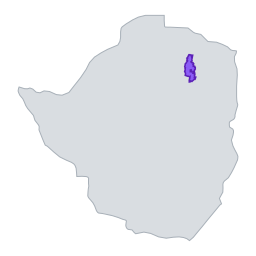 Bindura, Mashonaland Central, Zimbabwe (highlighted)
{"feature_id": "62879985B50430993830170", "entity_name": "Bindura", "entity_type": "district", "adm_level": 2, "iso_a3": "ZWE", "parent_name": "Zimbabwe", "parent_adm1": "Mashonaland Central", "projection": "natural_earth1", "projection_center": [31.316, -17.234], "detail": "fine", "context": "in_parent", "style": "filled", "palette": "violet", "viewbox_px": 256, "rotation_deg": 0, "n_neighbors": 0, "source": "geoboundaries", "source_scale": "gbopen_adm2", "svg_char_len": 4696}
<svg xmlns="http://www.w3.org/2000/svg" viewBox="0 0 256 256"><path d="M189.5,240.6L186.9,238.7L183.5,237.5L179.1,236.9L173.3,237.2L166.3,238.2L158.7,236.9L150.6,233.4L143.9,232.1L135.9,233.7L135.6,233.7L134.2,232.5L132.0,229.9L128.3,229.4L127.3,228.8L126.5,227.8L126.0,226.6L125.8,225.2L126.4,220.9L126.0,220.4L125.0,219.9L123.0,219.4L118.2,217.5L112.2,215.6L102.3,213.5L98.5,213.0L97.6,212.3L96.5,210.8L94.6,205.8L92.8,202.6L88.5,197.6L87.8,196.0L88.0,192.0L88.3,188.8L88.8,186.1L88.5,183.5L88.5,180.3L88.6,178.2L88.0,177.3L86.5,176.6L82.1,176.3L76.8,176.5L76.6,173.2L76.1,168.2L75.0,165.4L73.8,163.9L71.4,162.3L66.4,160.2L59.7,156.9L53.9,152.1L47.3,146.2L45.2,145.1L42.8,139.5L39.0,129.9L39.2,126.7L38.6,125.1L35.0,120.4L34.2,118.0L33.5,115.5L27.7,108.6L25.8,105.6L24.2,101.7L22.7,98.6L21.5,97.3L19.8,95.2L18.7,92.8L18.1,91.0L18.5,88.6L19.1,87.0L24.6,88.7L27.5,88.8L29.9,88.0L32.8,89.1L36.2,92.2L40.0,92.8L44.0,90.9L49.5,91.5L56.4,94.6L62.1,95.2L68.9,92.5L74.9,84.8L80.6,77.6L86.2,69.3L89.6,62.5L94.5,57.1L101.0,52.9L107.7,49.3L117.9,45.0L119.9,41.4L120.6,37.4L120.6,32.0L121.1,28.4L122.2,26.8L123.9,25.6L126.0,24.0L132.8,19.8L138.4,17.1L145.3,15.4L152.8,15.4L160.0,15.4L164.2,15.4L164.2,20.6L164.6,26.5L165.4,27.1L170.8,27.2L179.6,27.6L188.0,28.0L193.4,32.3L195.2,33.2L200.8,34.4L207.9,41.5L216.5,42.2L222.4,44.4L227.6,46.9L230.6,49.8L232.6,50.5L235.2,50.7L236.5,51.0L236.2,53.1L234.4,56.7L234.6,61.8L237.0,68.9L237.3,75.1L236.6,86.0L236.6,96.6L236.8,100.4L237.2,102.9L237.7,104.3L237.6,105.8L236.2,110.3L235.0,114.9L235.0,116.8L234.5,118.1L233.7,119.3L229.9,121.5L229.3,122.8L229.3,125.2L229.7,127.2L231.1,128.0L232.8,129.1L233.5,130.7L233.5,132.3L233.0,135.2L231.4,140.1L232.9,145.8L234.6,149.4L236.9,153.7L237.9,156.3L237.8,158.2L237.5,160.0L234.0,167.8L231.5,172.6L228.4,177.7L224.4,181.0L223.3,182.5L222.9,184.3L223.0,188.2L222.8,192.2L219.4,198.4L221.5,203.8L221.0,204.3L219.9,205.0L214.9,211.1L209.9,217.1L206.2,221.6L202.1,226.7L197.4,232.3L193.4,237.2L189.5,240.6Z" fill="#d9dde1" stroke="#a8b0b8" stroke-width="1"/><path d="M192.7,55.2L192.2,55.2L191.5,56.6L191.3,55.8L191.8,55.1L189.7,54.8L189.7,54.7L189.2,54.7L189.2,54.8L189.1,55.0L188.9,55.2L188.7,55.1L188.6,55.3L188.6,55.5L188.4,55.6L188.4,55.8L188.5,55.9L188.5,56.0L188.4,56.1L188.2,56.3L188.0,56.5L188.0,56.8L187.9,57.0L187.7,57.2L187.6,57.3L187.5,57.5L187.3,57.6L187.2,57.7L187.1,57.9L187.0,58.0L186.9,58.1L187.0,58.2L186.9,58.2L187.0,58.2L187.0,58.3L187.0,58.6L187.1,58.8L187.0,59.1L187.1,59.3L187.1,59.5L187.1,59.8L187.0,60.0L187.3,60.0L187.5,60.2L187.5,60.4L187.5,60.5L187.5,60.8L187.4,60.9L187.5,61.0L187.4,61.1L187.3,61.3L187.2,61.3L187.2,61.5L186.7,61.9L186.6,62.0L186.4,62.2L186.4,62.3L186.4,62.5L186.3,62.8L186.2,62.8L186.1,63.0L185.2,63.9L185.1,65.5L184.7,66.3L184.7,66.5L184.8,66.6L184.9,66.8L185.0,68.2L185.3,68.1L185.2,68.7L185.2,68.8L185.2,69.5L185.0,71.2L184.9,71.2L184.7,71.1L184.6,71.3L184.8,71.7L185.2,72.7L185.5,73.2L185.5,73.9L185.5,74.0L185.5,74.3L185.5,74.5L185.4,74.6L185.4,74.8L185.3,75.0L185.2,75.1L185.2,75.4L185.6,75.5L186.2,75.7L186.3,75.8L186.7,75.9L186.9,76.0L187.1,76.0L187.8,76.3L188.1,76.2L188.2,76.3L188.3,76.3L188.5,76.4L188.9,76.5L189.0,76.5L189.4,76.6L189.6,76.7L189.8,76.7L189.9,76.8L190.0,76.7L190.0,76.8L190.0,77.0L189.9,77.3L189.8,77.5L189.8,77.8L189.8,78.0L189.7,78.0L189.7,78.3L189.6,78.5L189.5,78.8L189.5,79.0L189.4,79.2L189.4,79.3L189.4,79.5L189.4,79.8L189.2,80.1L189.2,80.3L189.2,80.5L189.3,80.7L189.3,80.8L189.3,81.0L189.4,81.3L189.3,81.5L189.2,81.7L189.2,82.0L189.3,82.0L189.5,81.9L190.0,82.0L190.8,80.8L191.9,81.5L193.2,80.3L194.3,79.3L194.6,80.0L194.6,79.8L194.7,79.7L194.8,79.6L194.7,79.5L194.7,79.4L194.7,79.2L194.8,79.1L194.9,78.9L195.0,78.9L195.0,78.7L195.2,78.4L195.3,78.4L195.3,78.2L195.5,77.9L195.7,77.7L195.7,77.4L195.7,77.2L195.5,77.3L194.9,77.4L194.3,77.5L194.4,77.0L194.6,76.4L194.7,75.7L194.4,75.4L194.5,74.9L194.7,74.7L194.6,74.3L194.9,74.1L194.8,73.9L194.3,74.0L194.1,73.2L194.7,73.0L194.6,72.5L194.4,72.5L194.1,72.5L194.0,72.4L193.9,72.4L193.7,72.4L193.4,72.4L193.4,72.5L193.4,72.4L193.5,72.5L193.4,72.6L193.5,72.7L193.5,72.8L193.3,73.0L193.3,73.3L193.2,73.3L193.0,73.2L192.9,73.2L193.5,71.4L194.3,71.3L194.6,70.0L194.6,69.6L195.0,69.7L195.3,69.4L195.3,69.6L195.3,69.1L195.3,68.8L195.3,67.4L194.7,67.3L194.7,66.4L193.3,66.4L193.7,65.1L192.9,64.7L193.6,63.6L193.4,63.5L193.4,63.4L193.3,63.2L193.2,63.2L192.9,63.0L192.8,62.9L192.8,62.7L192.7,62.7L192.7,62.8L192.6,62.7L192.4,62.6L192.2,62.5L191.9,62.7L191.7,62.6L191.4,62.4L191.2,62.3L191.2,62.1L191.1,61.7L191.3,61.7L192.1,60.8L191.8,59.9L192.7,55.2ZM190.3,71.6L190.3,70.0L191.1,69.8L191.1,70.9L191.6,71.1L191.8,71.8L191.4,71.9L191.2,71.3L190.3,71.6Z" fill="#8b5cf6" stroke="#5b21b6" stroke-width="1.5"/></svg>